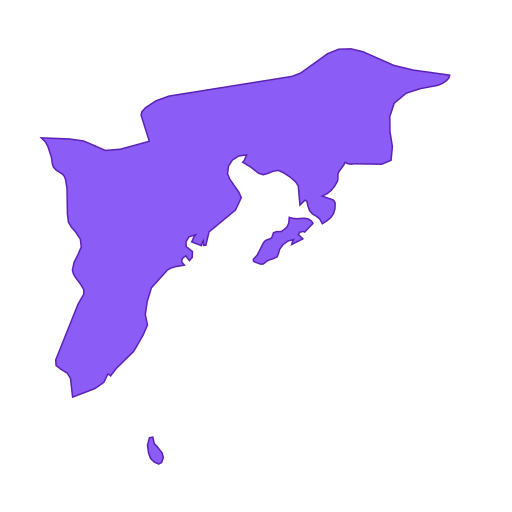 SVG path tracing the border of Samar, rotated 265°
{"feature_id": "PHL-2584", "entity_name": "Samar", "entity_type": "Province", "adm_level": 1, "iso_a3": "PHL", "parent_name": "Philippines", "parent_adm1": "", "projection": "orthographic", "projection_center": [124.838, 11.713], "detail": "fine", "context": "isolated", "style": "filled", "palette": "violet", "viewbox_px": 512, "rotation_deg": 265, "n_neighbors": 0, "source": "natural_earth", "source_scale": "10m", "svg_char_len": 2617}
<svg xmlns="http://www.w3.org/2000/svg" viewBox="0 0 512 512"><g transform="rotate(265 256 256)"><path d="M419.3,464.7L416.5,463.6L414.0,461.0L411.8,456.8L410.2,452.2L408.4,434.2L405.1,419.8L396.3,407.1L383.2,401.4L368.1,400.3L353.1,401.4L339.6,398.9L336.5,389.3L339.3,362.0L339.2,359.2L339.5,357.0L340.2,355.0L341.6,352.8L339.0,351.4L332.5,345.7L330.1,344.7L325.4,344.3L323.3,343.6L318.7,340.4L314.9,336.7L311.9,332.3L309.9,327.2L305.0,338.0L302.0,339.5L296.2,338.8L291.6,337.0L288.0,334.1L285.0,330.0L282.4,324.9L287.5,322.6L290.4,319.5L292.7,316.2L296.2,313.4L301.6,312.0L306.2,311.4L307.3,309.6L302.9,304.2L322.2,304.2L326.4,301.9L331.9,296.6L336.7,290.4L339.3,285.7L339.0,280.5L337.3,275.3L336.3,270.4L338.1,265.9L345.3,258.2L350.6,250.9L352.2,252.6L357.5,255.5L357.1,247.4L353.6,240.8L347.9,236.4L340.4,234.8L334.8,236.6L321.1,244.5L315.4,246.4L303.6,239.6L284.1,211.3L271.1,207.0L271.1,204.7L273.4,204.8L275.7,204.7L272.5,203.0L271.1,202.5L275.7,193.1L277.2,194.1L278.9,194.9L280.6,195.9L282.4,197.7L281.0,190.9L276.3,187.5L271.4,187.3L266.0,193.1L260.2,192.4L257.2,189.3L262.3,186.0L260.5,183.0L258.4,181.6L256.0,181.8L253.1,183.9L252.4,174.8L251.3,169.8L249.7,166.5L233.4,149.0L220.3,143.7L207.2,140.6L196.9,141.9L187.3,136.8L171.8,126.0L156.4,107.3L149.2,100.6L150.1,99.9L150.4,99.6L151.3,98.1L143.5,93.5L138.0,84.0L131.4,61.0L150.4,60.5L155.8,57.7L160.0,52.0L164.3,47.3L169.9,47.4L223.5,74.5L233.2,81.2L237.5,81.5L243.5,78.6L250.5,74.2L254.2,72.5L258.1,71.9L265.6,74.2L272.9,78.8L280.3,82.7L288.1,82.5L295.6,78.4L300.8,74.6L306.1,72.1L314.3,71.8L339.8,73.6L349.0,72.9L352.5,71.8L354.9,69.8L359.0,64.3L362.1,62.0L365.3,61.2L372.1,60.8L383.0,58.3L388.1,56.1L392.4,52.4L388.9,80.0L385.6,94.3L374.3,115.2L374.2,130.1L379.6,159.7L406.4,153.8L409.7,154.9L413.5,159.0L419.4,170.1L422.9,183.3L431.8,307.6L434.4,316.5L451.3,344.9L454.8,356.6L454.1,368.7L450.1,380.5L433.9,409.8L427.5,428.9L419.3,464.7ZM278.1,283.2L280.3,286.9L282.5,289.6L285.9,291.5L291.6,292.5L290.3,296.0L289.6,299.6L289.4,307.5L288.3,311.4L285.9,314.4L283.5,315.6L275.6,306.5L276.3,305.3L275.9,301.8L273.7,300.0L269.0,304.2L264.3,292.5L266.7,293.4L269.0,294.8L268.2,289.3L265.1,284.1L260.8,280.2L256.4,278.6L253.4,277.0L251.9,273.3L251.0,269.0L249.7,266.0L247.4,262.6L247.5,259.8L250.8,253.1L253.1,253.1L253.5,253.7L256.9,257.4L268.0,264.2L269.5,265.5L270.7,267.0L271.3,268.9L271.8,271.2L272.7,273.2L277.6,275.4L278.5,278.6L278.1,283.2ZM77.0,131.4L84.2,134.0L84.6,137.4L78.0,138.3L74.5,141.1L67.8,145.4L63.2,146.1L58.5,144.0L57.2,140.9L59.5,136.8L63.5,133.3L69.0,131.8L77.0,131.4Z" fill="#8b5cf6" stroke="#5b21b6" stroke-width="1.5"/></g></svg>